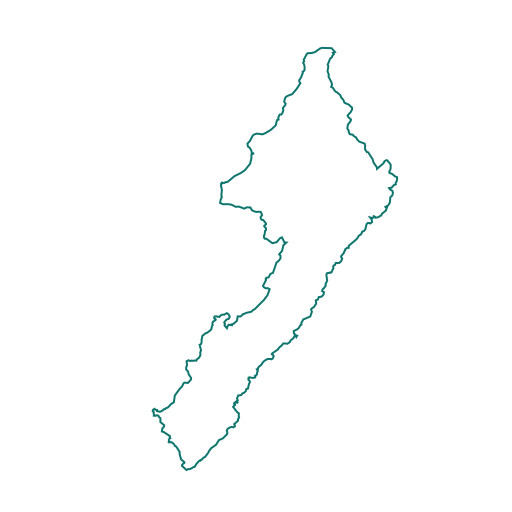 Central Pentecost 2, Penama, Vanuatu (Robinson projection), rotated 50°
{"feature_id": "77236927B86415153324425", "entity_name": "Central Pentecost 2", "entity_type": "district", "adm_level": 2, "iso_a3": "VUT", "parent_name": "Vanuatu", "parent_adm1": "Penama", "projection": "robinson", "projection_center": [168.206, -15.776], "detail": "fine", "context": "isolated", "style": "outline", "palette": "teal", "viewbox_px": 512, "rotation_deg": 50, "n_neighbors": 0, "source": "geoboundaries", "source_scale": "gbopen_adm2", "svg_char_len": 6099}
<svg xmlns="http://www.w3.org/2000/svg" viewBox="0 0 512 512"><g transform="rotate(50 256 256)"><path d="M150.5,64.4L145.4,64.5L138.8,71.9L138.2,73.6L137.7,79.7L136.4,82.8L133.9,86.0L133.9,87.3L136.4,93.4L137.8,93.9L138.2,95.6L140.3,96.1L142.7,97.4L145.0,99.6L144.9,102.0L145.8,102.4L148.2,106.7L149.1,109.8L150.3,110.8L152.1,110.9L154.1,117.3L155.3,124.3L154.1,127.3L153.4,130.1L153.5,131.7L155.6,134.9L156.6,135.4L158.3,135.4L159.2,136.5L159.9,140.2L162.0,141.5L163.6,144.2L163.9,145.7L163.0,146.7L163.1,147.7L164.5,150.2L166.0,151.0L165.4,152.5L168.6,157.0L168.9,163.6L168.0,169.4L167.0,172.8L162.7,176.8L161.7,179.4L161.7,181.1L164.0,186.8L164.4,190.3L166.9,191.8L168.8,191.3L172.1,191.7L174.6,193.1L176.1,191.5L175.3,194.2L178.5,197.1L181.6,201.3L183.1,209.2L182.7,214.2L181.0,221.1L181.0,229.6L180.6,231.1L179.9,231.7L179.6,233.5L177.8,235.1L178.2,236.2L178.7,236.1L179.2,237.4L183.4,239.6L187.2,243.5L188.8,244.2L190.1,246.8L192.3,249.4L195.0,248.1L198.5,243.9L200.9,241.8L205.3,239.9L207.2,237.3L212.2,234.5L212.7,232.0L215.2,229.1L218.4,229.7L220.7,228.6L222.3,227.6L224.2,225.0L225.4,224.0L228.6,225.1L229.1,227.4L230.7,228.4L231.8,228.4L233.2,227.3L237.6,227.5L238.2,228.1L238.1,230.1L238.7,230.7L241.1,230.5L242.6,231.8L242.6,232.9L245.2,235.8L245.6,236.9L247.5,238.2L248.4,238.2L249.3,237.0L256.7,235.2L258.7,231.3L257.8,226.2L258.4,224.1L263.8,225.5L265.2,224.1L265.4,228.2L268.8,232.6L269.6,237.2L271.4,237.0L273.5,238.7L274.2,241.1L274.2,244.5L279.8,253.8L279.0,256.5L280.3,259.7L280.3,260.6L279.3,262.1L279.8,263.4L280.8,263.7L283.4,269.9L285.2,270.0L287.2,269.1L288.3,267.6L290.2,266.9L293.4,272.4L294.8,278.4L295.9,291.0L295.5,293.2L295.7,295.4L293.4,299.8L292.4,303.1L292.2,302.4L292.4,306.7L290.5,308.8L293.4,312.3L293.5,316.6L292.7,318.7L293.4,319.0L291.1,321.2L291.7,323.4L292.6,324.7L289.1,324.8L288.1,323.5L286.4,323.0L285.7,319.5L286.6,317.2L285.7,315.2L283.0,314.5L281.0,315.1L280.5,318.1L279.4,319.3L278.8,321.3L279.2,323.2L276.5,325.4L275.7,326.7L276.9,328.1L278.7,327.6L279.1,328.2L278.7,331.3L279.5,332.7L281.1,333.6L281.5,335.0L283.2,337.0L283.6,338.5L283.4,342.8L282.8,344.2L282.7,348.3L285.0,351.3L287.1,353.1L288.1,354.7L287.8,356.3L292.9,358.7L294.0,360.7L296.1,362.2L297.3,364.9L297.2,367.3L297.8,369.1L296.8,369.8L296.0,371.5L294.7,372.5L294.4,373.8L292.5,374.7L292.0,376.8L295.2,378.9L296.5,381.1L298.0,382.4L300.8,382.3L303.3,383.6L307.7,384.1L308.8,385.1L309.5,389.7L307.1,392.1L306.9,393.0L308.5,396.9L308.6,399.4L310.7,407.9L315.3,413.0L314.8,415.9L315.4,421.0L314.7,422.7L314.9,423.9L314.1,425.2L314.3,426.8L313.7,429.6L311.3,431.5L310.4,430.8L308.6,432.2L307.9,432.0L307.6,433.4L308.3,434.8L309.9,434.7L310.9,435.7L311.9,435.9L312.6,436.9L313.9,435.6L314.4,434.1L315.6,433.4L316.7,433.8L318.8,433.5L321.8,436.0L326.6,435.1L327.7,436.6L327.9,438.6L329.9,440.9L331.6,439.8L338.6,437.7L339.0,438.4L340.4,438.7L340.3,439.8L340.9,440.9L341.8,441.3L342.3,442.5L342.8,442.5L344.4,440.3L347.4,439.8L349.4,440.2L350.7,439.6L357.0,440.4L358.6,441.8L363.6,444.1L368.0,443.4L368.5,444.1L368.2,445.2L368.7,447.3L369.2,447.6L375.3,446.8L375.6,445.1L376.9,443.3L377.6,439.2L378.1,438.5L377.0,435.5L376.5,432.1L376.5,430.6L377.0,430.3L376.7,429.4L377.1,428.7L376.7,425.8L377.2,424.3L376.0,419.0L375.2,417.3L374.4,414.0L374.9,407.9L373.2,402.8L374.4,398.6L373.9,392.7L372.7,391.3L371.0,390.7L370.2,389.0L370.5,386.4L371.3,384.5L372.8,383.3L372.9,381.7L372.5,381.2L370.8,380.8L370.6,375.5L369.5,374.8L368.8,372.7L367.7,372.3L365.6,370.3L363.2,370.8L356.8,370.5L356.7,367.8L355.9,367.3L355.1,367.8L354.6,367.0L354.8,362.7L352.9,362.1L351.4,359.3L353.0,356.8L352.5,354.6L353.1,353.3L353.0,350.9L351.7,348.8L352.4,347.4L349.5,343.6L348.8,341.8L347.5,341.2L345.7,341.3L345.3,340.4L344.5,340.0L344.6,339.1L347.2,337.0L348.5,334.8L348.2,334.1L347.2,333.9L347.4,331.5L345.8,329.9L345.4,328.7L343.4,328.1L344.0,327.3L343.0,326.2L342.6,324.1L342.9,322.4L341.9,319.3L341.7,316.9L342.3,313.4L344.3,311.0L344.9,310.8L345.3,309.3L344.1,306.8L342.2,306.6L341.5,307.0L341.0,306.0L341.7,299.4L341.0,296.8L341.1,294.0L340.6,291.7L340.7,291.0L343.4,288.3L343.7,285.4L342.9,283.7L343.0,280.5L342.0,277.4L340.8,276.5L339.7,276.7L337.7,275.3L338.7,271.5L338.6,269.4L337.6,266.7L337.8,265.4L336.5,264.4L335.0,260.6L337.2,253.3L334.7,249.1L332.3,248.1L332.0,247.3L332.3,244.3L331.2,240.6L328.4,238.7L329.1,236.5L327.8,234.3L329.3,231.9L328.9,228.9L327.4,227.2L325.4,227.9L325.1,227.6L324.3,226.3L324.3,224.7L323.5,221.6L322.3,220.9L320.6,217.3L315.9,214.4L314.9,213.0L315.0,212.0L316.1,210.8L316.1,209.9L316.9,209.4L317.0,208.6L315.0,204.5L313.6,203.6L313.2,202.4L313.6,201.2L312.6,199.5L314.8,196.7L314.8,194.2L313.3,191.6L311.3,191.4L310.9,190.9L310.0,186.4L309.3,185.6L308.9,183.9L308.2,183.4L308.3,181.0L309.3,179.8L307.8,178.4L307.8,169.8L307.6,167.2L306.6,164.2L306.9,161.4L305.6,158.9L306.2,157.3L305.9,155.2L302.7,150.9L302.5,149.4L303.6,147.9L304.5,147.6L304.7,145.4L302.6,144.0L299.8,143.8L301.8,142.4L301.9,141.4L301.2,140.2L302.5,139.6L303.5,139.9L304.7,137.7L305.4,134.1L304.6,132.3L304.7,127.4L302.9,124.4L302.2,125.3L301.6,125.3L302.2,122.3L301.5,120.1L300.9,118.9L297.3,115.3L297.2,112.6L295.5,110.4L293.7,109.6L291.2,110.6L289.5,110.4L290.8,108.3L290.3,104.7L291.0,102.9L289.8,102.1L289.3,100.4L287.1,97.8L286.1,97.3L284.5,98.3L280.4,99.0L278.3,100.4L277.1,99.8L275.9,97.1L273.0,94.4L271.8,94.0L267.2,94.0L266.4,94.5L266.0,96.7L266.9,98.6L267.0,107.2L266.0,106.4L260.0,105.9L256.9,104.5L248.8,103.4L247.5,104.3L244.0,103.8L241.8,101.5L239.7,100.5L234.8,103.4L231.9,103.6L229.5,103.1L226.9,104.0L225.3,103.9L222.9,105.9L220.5,105.2L219.6,104.4L217.0,104.1L214.4,101.1L213.4,96.7L212.5,95.5L208.7,96.0L207.2,95.4L206.6,90.9L205.5,88.2L204.1,87.1L199.7,87.6L195.5,89.7L192.3,88.7L189.5,88.9L186.9,88.0L182.9,88.7L180.9,89.5L176.6,89.0L174.7,89.7L173.8,87.8L171.6,86.6L165.1,85.1L164.0,83.7L160.4,82.4L157.2,78.6L155.6,78.2L152.8,73.0L152.4,71.9L152.6,70.2L151.7,68.8L151.4,66.5L149.8,66.5L150.5,64.4ZM342.8,276.1L342.9,276.9L344.0,277.2L343.5,275.7L342.8,276.1ZM356.3,364.2L355.2,364.2L355.2,365.1L356.3,364.8L356.3,364.2Z" fill="none" stroke="#0f766e" stroke-width="2"/></g></svg>